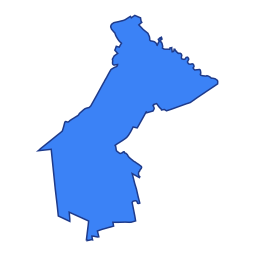 Rosiori De Vede, Teleorman, Romania (Mercator projection)
{"feature_id": "2599482B51829763459772", "entity_name": "Rosiori De Vede", "entity_type": "district", "adm_level": 2, "iso_a3": "ROU", "parent_name": "Romania", "parent_adm1": "Teleorman", "projection": "mercator", "projection_center": [24.982, 44.064], "detail": "fine", "context": "isolated", "style": "filled", "palette": "blue", "viewbox_px": 256, "rotation_deg": 0, "n_neighbors": 0, "source": "geoboundaries", "source_scale": "gbopen_adm2", "svg_char_len": 4932}
<svg xmlns="http://www.w3.org/2000/svg" viewBox="0 0 256 256"><path d="M161.5,110.0L164.3,109.5L166.5,110.8L171.4,109.2L186.6,103.7L187.7,103.4L190.3,102.5L197.1,97.7L206.0,91.7L215.1,85.6L217.6,83.9L217.7,82.5L217.7,81.9L217.7,81.3L217.4,80.4L216.2,79.5L215.7,79.2L215.2,78.8L214.0,78.5L212.5,78.2L211.4,78.2L210.0,77.0L209.2,76.6L208.5,76.2L206.9,75.7L206.1,76.1L204.0,75.9L202.3,75.7L200.6,75.1L200.3,74.2L200.8,73.1L200.6,71.6L200.3,70.1L199.6,69.5L196.5,69.8L194.8,70.0L193.7,69.0L193.1,67.9L193.5,67.4L194.0,66.6L193.8,65.2L193.1,64.1L192.2,63.8L190.6,64.2L189.1,64.1L188.1,63.3L187.4,61.9L188.1,60.5L188.7,59.4L188.5,58.3L187.6,57.2L186.2,57.4L184.9,59.2L184.0,59.4L182.0,59.0L181.4,58.0L181.5,56.5L181.8,55.3L181.2,53.9L180.0,53.2L178.8,53.5L178.0,53.2L178.0,52.9L176.8,52.2L176.5,51.3L175.7,51.0L174.8,49.2L174.1,49.3L174.4,50.0L174.0,50.4L173.6,51.4L172.7,51.7L172.1,51.7L172.1,50.9L171.9,49.7L171.7,48.7L171.7,47.6L171.1,47.8L170.0,47.9L169.9,48.8L169.7,49.3L168.6,49.2L167.6,49.2L166.5,49.2L165.0,49.2L163.9,49.0L162.4,48.1L162.7,46.4L162.1,43.7L161.3,42.0L160.5,41.8L159.7,41.1L159.9,40.8L162.0,39.1L161.4,37.2L160.0,37.9L160.1,38.0L161.2,37.4L161.6,38.6L161.0,38.8L160.6,38.2L160.3,38.4L159.6,38.6L159.0,38.9L158.7,39.0L158.3,39.3L158.3,39.5L158.6,40.1L159.1,40.7L159.6,41.0L158.6,42.1L158.4,42.6L157.2,45.3L157.0,45.2L156.5,43.8L156.1,43.2L155.4,42.5L154.3,41.7L153.0,41.3L150.7,40.9L149.7,40.0L149.7,38.2L149.3,36.3L148.8,35.4L148.2,33.9L147.9,33.3L146.2,31.9L143.2,29.5L142.6,28.9L141.7,27.9L138.8,24.9L141.8,22.3L141.1,21.4L140.5,17.8L140.4,17.8L134.8,15.4L131.3,17.8L130.4,16.4L125.0,19.8L123.5,20.4L118.3,21.7L114.1,22.6L113.5,22.9L111.8,24.1L111.0,25.3L110.7,26.9L111.5,29.1L113.9,32.0L114.7,32.7L115.1,33.7L115.5,34.8L115.7,35.4L116.5,37.0L117.1,37.8L117.2,38.2L118.5,40.1L118.8,40.6L119.3,41.1L120.1,42.0L120.4,42.2L121.5,43.2L121.0,44.0L119.6,46.4L119.4,46.8L119.2,47.1L116.3,46.3L116.0,47.1L115.0,49.9L114.8,50.1L114.9,50.3L115.1,50.6L115.4,50.8L115.6,51.1L115.8,51.3L116.0,51.6L116.4,51.9L116.6,52.2L116.8,52.4L117.0,52.7L117.2,52.9L117.4,53.1L117.7,53.4L114.2,55.9L112.4,59.2L112.7,60.8L112.5,62.8L112.6,63.7L112.9,64.4L113.9,65.1L116.4,64.7L117.6,64.5L117.5,65.1L117.4,65.5L117.2,65.9L116.9,66.2L116.7,66.4L116.5,66.5L116.4,66.6L116.1,66.8L115.9,66.9L114.9,67.2L114.5,67.4L111.6,69.1L111.3,69.3L111.1,69.5L110.8,69.8L110.6,70.2L110.2,70.9L110.1,71.0L108.7,73.5L108.5,73.9L108.2,74.4L107.3,76.1L106.4,77.8L105.6,79.1L104.8,80.5L104.3,81.5L104.1,82.0L103.5,82.9L96.5,95.7L91.8,104.1L91.7,104.2L91.0,105.6L90.7,106.0L90.3,106.4L89.7,107.0L89.3,107.4L89.1,107.5L88.7,107.6L86.7,108.1L86.3,108.2L85.9,108.4L85.6,108.5L85.3,108.6L84.7,108.9L84.3,109.3L83.9,109.5L79.8,113.1L79.6,113.3L79.4,113.5L78.8,114.5L78.5,115.0L78.3,115.2L78.1,115.4L72.3,119.0L71.5,119.5L70.0,120.5L69.8,120.7L69.0,121.5L68.8,121.6L68.5,121.8L68.3,121.9L67.9,122.0L67.5,122.0L67.3,122.0L67.0,121.9L66.7,121.8L66.2,121.6L65.8,121.5L65.5,121.6L65.3,121.7L65.1,121.9L65.0,122.0L64.9,122.1L64.8,122.5L64.7,122.6L64.4,123.8L63.9,125.7L63.9,125.8L63.2,128.2L62.6,130.2L62.4,130.7L62.3,131.0L61.9,131.4L61.0,132.2L52.3,139.2L41.1,148.2L40.1,149.0L39.9,149.4L38.3,150.7L51.2,149.3L55.3,189.3L57.2,205.5L57.3,206.4L58.3,216.0L69.8,221.4L69.8,219.1L69.2,212.2L88.6,221.0L88.2,225.1L86.4,239.8L86.6,239.8L87.3,240.0L87.2,240.6L91.9,239.6L92.0,239.7L92.4,239.9L92.6,239.9L92.2,238.5L92.2,238.4L91.9,236.1L93.6,236.2L96.0,236.7L97.7,237.0L98.8,236.8L97.4,231.0L102.2,229.3L113.6,226.1L112.9,222.3L118.6,222.3L125.4,222.1L129.1,222.3L131.2,222.2L135.6,220.9L134.8,216.0L132.1,202.4L133.1,201.2L135.4,200.7L136.8,201.2L137.6,203.3L138.3,203.5L139.1,203.4L139.8,203.1L138.1,196.5L136.4,189.0L134.7,183.5L132.2,173.6L139.4,177.6L139.8,176.7L139.2,176.2L138.7,175.5L138.7,175.2L138.6,174.7L138.5,174.3L138.5,173.2L138.8,171.9L139.7,170.9L139.8,170.3L141.3,168.3L141.4,168.0L141.5,167.8L141.6,167.3L141.5,166.8L141.3,166.5L141.0,166.2L139.8,165.3L139.3,164.9L135.6,162.4L135.0,161.9L134.3,161.6L133.7,161.2L133.4,161.0L132.8,160.5L132.5,160.1L131.6,159.6L130.5,158.5L130.1,158.2L129.5,157.8L128.3,156.4L127.8,155.5L127.3,154.6L126.0,153.4L125.6,153.2L124.6,152.9L124.2,151.8L123.9,151.8L123.5,151.8L123.3,152.0L123.0,152.1L122.0,152.9L121.8,153.0L120.6,153.4L120.4,153.5L119.8,153.4L117.8,151.9L117.0,151.3L116.4,150.6L116.2,149.8L116.1,149.2L115.9,147.5L115.7,146.6L115.5,146.1L115.5,145.9L115.4,145.9L115.3,145.6L115.1,145.3L118.0,143.3L118.9,142.8L120.6,141.7L121.5,141.1L122.5,140.5L123.9,139.5L125.5,138.4L126.0,138.0L126.7,137.4L126.8,137.3L127.4,136.6L128.5,135.2L130.5,132.0L133.1,127.0L137.2,127.9L138.4,125.9L146.2,111.9L146.4,111.9L146.7,112.8L151.2,111.5L153.0,111.0L154.0,109.1L154.2,108.4L154.1,107.9L153.6,106.7L153.2,105.9L152.6,105.2L153.1,105.7L153.5,104.6L154.1,104.7L154.3,104.3L156.6,103.6L158.3,105.9L158.5,106.3L159.2,107.1L160.1,108.1L160.8,108.7L161.1,109.0L161.5,110.0Z" fill="#3b82f6" stroke="#1e3a8a" stroke-width="1.5"/></svg>